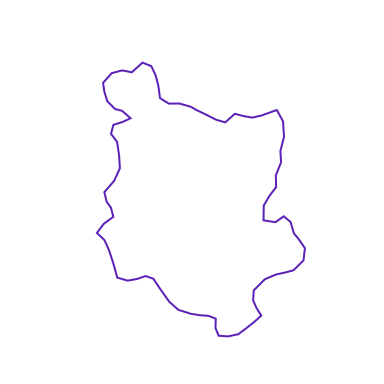 Bandeira do Sul, Minas Gerais, Brazil, rotated 209°
{"feature_id": "56859067B38581896750918", "entity_name": "Bandeira do Sul", "entity_type": "district", "adm_level": 2, "iso_a3": "BRA", "parent_name": "Brazil", "parent_adm1": "Minas Gerais", "projection": "equal_earth", "projection_center": [-46.384, -21.726], "detail": "fine", "context": "isolated", "style": "outline", "palette": "violet", "viewbox_px": 384, "rotation_deg": 209, "n_neighbors": 0, "source": "geoboundaries", "source_scale": "gbopen_adm2", "svg_char_len": 1149}
<svg xmlns="http://www.w3.org/2000/svg" viewBox="0 0 384 384"><g transform="rotate(209 192 192)"><path d="M215.9,80.9L205.3,83.3L197.9,89.3L191.9,96.0L183.7,97.4L172.7,91.7L158.7,85.0L146.7,82.3L133.7,85.0L125.5,88.0L117.5,91.7L109.8,92.7L105.5,84.4L99.0,79.2L90.3,83.3L82.5,90.1L78.8,98.5L74.6,108.5L71.5,117.5L79.3,121.8L86.0,126.9L90.3,135.9L86.0,151.0L78.5,160.6L72.0,166.3L65.3,172.7L61.3,186.2L66.0,197.6L75.8,202.5L82.8,205.2L91.3,213.6L100.0,215.2L104.4,206.0L115.7,201.9L122.7,215.0L122.4,226.0L120.8,237.1L126.7,247.1L128.5,261.2L134.5,270.6L138.3,284.9L146.7,298.0L157.6,304.8L168.2,292.7L175.2,286.4L182.6,283.7L192.4,281.2L196.7,269.0L205.9,266.9L216.9,266.5L227.1,265.9L234.6,265.9L245.9,263.3L255.0,258.1L265.5,258.6L273.3,269.0L280.3,276.3L288.5,282.3L298.0,281.2L302.7,267.5L312.0,264.5L319.8,257.1L322.7,244.4L317.2,237.1L310.0,230.3L299.5,227.3L292.5,229.1L281.5,226.7L286.6,219.7L293.3,212.6L291.0,203.6L281.8,199.5L273.6,188.8L266.6,177.8L265.5,164.1L268.6,149.4L262.0,142.2L255.3,139.0L248.8,132.2L253.8,121.2L255.3,110.1L245.3,107.5L236.6,101.1L226.1,91.3L215.9,80.9Z" fill="none" stroke="#5b21b6" stroke-width="2"/></g></svg>